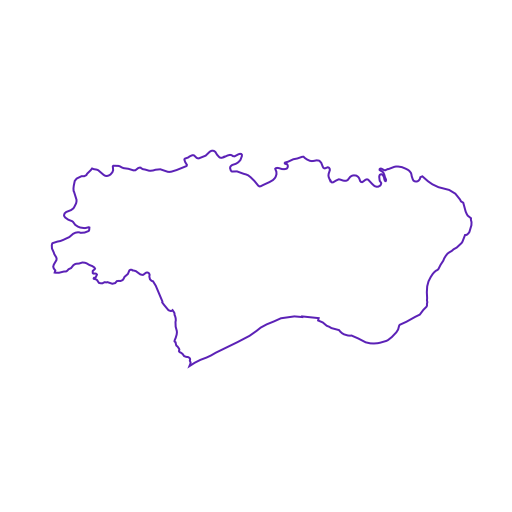 El Peñon, Bolívar, Colombia (Mercator projection), rotated 105°
{"feature_id": "7082276B39093540987774", "entity_name": "El Peñon", "entity_type": "district", "adm_level": 2, "iso_a3": "COL", "parent_name": "Colombia", "parent_adm1": "Bolívar", "projection": "mercator", "projection_center": [-73.909, 8.86], "detail": "fine", "context": "isolated", "style": "outline", "palette": "violet", "viewbox_px": 512, "rotation_deg": 105, "n_neighbors": 0, "source": "geoboundaries", "source_scale": "gbopen_adm2", "svg_char_len": 6092}
<svg xmlns="http://www.w3.org/2000/svg" viewBox="0 0 512 512"><g transform="rotate(105 256 256)"><path d="M308.1,143.2L309.2,135.9L311.0,127.7L310.8,123.0L310.0,119.5L308.7,115.8L307.6,113.6L304.2,108.0L303.0,106.7L299.1,103.8L293.4,100.7L290.2,99.7L286.3,99.7L285.3,99.4L280.6,93.7L273.5,86.4L270.2,82.6L264.7,80.4L260.9,78.2L259.7,78.0L257.9,78.5L256.2,78.6L254.6,79.4L252.4,79.8L246.8,81.6L240.9,82.8L235.8,82.8L231.1,81.8L227.7,80.7L225.8,79.8L223.8,78.5L222.4,77.0L221.3,76.4L216.6,75.4L212.1,73.9L209.6,73.6L206.6,72.7L204.1,71.6L202.4,70.2L200.4,68.2L198.4,66.9L195.9,64.3L190.3,60.8L188.8,60.3L181.6,59.5L181.1,58.0L179.2,56.7L177.6,56.1L170.5,55.9L167.5,56.6L165.4,57.8L163.9,58.1L162.2,62.0L160.8,63.4L158.8,65.0L150.9,69.6L150.2,72.1L148.6,73.6L144.2,79.6L142.2,86.5L142.3,97.6L141.1,104.2L139.3,109.2L136.0,115.9L137.3,117.6L139.4,117.7L141.2,118.5L142.1,119.4L142.6,120.5L142.8,121.9L142.5,123.3L141.4,124.4L138.7,126.2L136.6,127.2L135.5,128.0L134.0,130.1L133.4,131.7L132.9,134.2L132.4,138.1L132.8,141.9L133.3,143.9L134.1,145.5L137.8,150.6L137.9,151.2L139.8,153.4L139.9,154.5L139.3,156.8L139.2,157.7L139.4,158.5L139.9,159.0L140.6,159.0L141.0,158.8L141.9,155.5L142.7,154.4L144.5,153.0L146.6,151.8L148.4,150.3L149.1,150.0L150.1,150.1L150.2,150.5L149.7,151.2L148.3,152.1L147.1,152.6L146.0,153.5L145.3,154.1L144.7,155.2L144.6,156.3L145.5,157.4L146.9,157.6L147.8,157.4L150.1,156.5L151.4,155.9L152.9,154.1L153.6,153.8L155.2,154.0L155.9,154.3L157.4,155.9L157.9,157.5L157.8,159.4L157.5,160.2L156.3,162.5L153.3,167.3L153.2,168.1L153.2,168.6L153.6,169.4L154.2,170.1L156.5,171.9L157.2,172.6L157.3,173.7L156.6,174.8L154.3,176.4L153.2,177.7L152.4,179.8L152.6,181.6L153.0,183.0L153.9,184.4L155.2,185.5L158.9,187.1L159.8,188.1L160.3,189.3L160.6,191.2L160.4,194.5L160.5,195.9L162.4,198.2L164.8,200.5L165.3,201.7L165.0,202.5L163.9,203.5L164.2,203.7L161.1,206.1L159.7,206.8L157.9,207.1L153.9,206.9L152.7,207.4L151.9,208.3L151.7,209.6L153.6,212.2L153.6,213.0L153.3,213.8L152.5,214.6L149.1,217.1L147.7,219.3L147.6,220.0L147.9,222.2L149.2,224.8L149.9,226.7L150.1,228.6L149.6,231.6L148.7,234.2L147.8,235.8L148.3,237.2L151.1,241.3L152.9,245.0L156.6,249.4L158.2,252.1L158.8,252.3L159.2,252.1L159.4,251.4L159.2,249.9L159.9,249.1L160.9,248.5L162.4,248.4L163.6,248.9L164.0,249.5L164.7,250.9L165.3,253.3L165.2,256.7L165.4,258.3L166.1,259.6L166.7,260.0L167.1,259.8L169.4,258.1L171.7,257.4L174.3,257.5L176.0,258.0L178.3,259.3L181.1,262.1L185.5,267.4L187.4,269.5L187.9,270.7L187.5,272.0L183.9,277.0L181.3,281.6L180.1,284.5L179.8,286.8L179.8,289.2L179.2,296.3L180.5,300.6L180.6,301.5L179.9,302.5L177.8,303.8L176.6,303.9L175.7,303.6L174.3,302.6L172.2,299.4L170.6,297.8L168.9,296.7L167.2,295.9L163.3,295.5L161.9,295.8L161.3,296.6L161.4,297.8L162.3,299.3L165.3,302.5L165.5,304.2L165.2,304.7L164.9,306.4L165.2,307.6L166.3,309.5L168.8,312.5L168.5,312.7L169.6,313.8L170.1,314.7L170.3,316.2L169.9,317.3L168.2,319.9L166.0,322.2L165.4,323.8L165.5,325.2L166.0,326.4L167.3,327.7L172.1,330.6L176.5,336.5L176.7,337.3L176.6,338.7L174.9,341.8L174.9,343.0L175.5,344.1L177.1,346.0L178.4,347.0L180.3,349.8L180.8,350.1L181.5,350.1L182.0,349.8L183.6,348.7L185.9,346.3L187.1,346.4L193.5,354.9L196.4,359.5L197.2,361.4L197.5,363.0L197.0,370.9L198.7,375.4L200.0,377.5L201.0,380.0L201.3,381.5L201.2,385.3L201.4,387.9L200.9,389.7L200.5,390.3L200.7,391.2L201.5,392.5L204.4,394.7L205.0,396.5L204.8,401.9L205.4,406.6L205.2,408.5L204.6,410.8L204.6,412.3L205.7,417.0L205.9,417.3L206.5,417.5L210.1,416.2L212.3,416.4L215.0,417.7L216.3,419.0L217.0,420.1L217.5,421.4L217.5,422.7L217.1,424.1L216.3,425.8L214.0,430.6L213.8,432.2L214.1,435.3L213.9,437.0L215.8,437.8L220.2,440.4L221.8,440.8L223.4,442.6L224.1,445.2L227.1,448.7L227.7,449.3L230.4,450.5L235.4,450.2L238.0,449.8L240.4,449.0L241.2,448.3L248.2,443.9L249.8,443.5L251.7,443.4L255.6,444.2L257.2,444.7L259.5,446.5L262.6,450.7L264.4,451.9L266.3,452.0L267.2,451.5L268.2,450.3L269.5,446.8L270.0,442.5L270.4,441.6L272.7,438.7L273.7,435.7L274.0,433.3L273.5,429.1L273.1,427.9L271.5,425.0L271.6,424.3L273.7,423.9L274.7,423.9L275.3,424.3L277.7,427.6L279.0,431.3L278.9,433.0L279.2,434.2L280.2,436.4L281.9,438.4L286.0,441.2L290.6,446.7L292.2,448.9L293.5,451.6L296.3,455.9L297.1,456.1L298.6,456.0L301.6,455.0L305.0,452.2L306.4,451.3L309.0,448.6L310.2,447.9L311.6,447.7L316.7,449.1L318.8,449.1L320.4,448.1L321.9,446.1L324.1,446.2L324.0,445.2L323.2,442.0L320.7,437.5L320.1,435.5L319.2,434.6L317.3,433.6L315.5,431.5L312.1,430.0L310.6,428.6L310.0,427.6L309.1,425.0L307.2,422.0L306.8,419.6L306.9,417.8L307.8,414.6L308.1,411.6L308.9,409.2L309.9,408.2L310.5,408.4L312.6,409.8L313.4,409.7L314.8,409.2L315.1,408.5L314.5,406.6L314.5,405.9L314.8,405.2L315.2,404.8L317.9,405.3L318.7,405.9L319.0,406.8L319.7,407.0L320.0,406.8L320.0,404.4L320.4,403.3L322.6,400.8L322.6,399.4L322.2,397.4L320.5,395.5L320.2,393.6L319.7,392.7L320.0,387.6L318.6,385.0L316.3,383.9L315.7,382.5L315.2,380.4L313.8,378.6L312.3,378.0L310.2,377.6L306.5,375.1L302.8,374.6L302.3,374.3L301.6,373.3L301.5,372.2L301.9,371.5L301.7,370.5L301.7,368.2L303.7,363.0L303.7,361.8L303.6,360.6L303.3,360.0L300.8,358.1L300.3,357.4L300.0,356.4L300.2,355.4L300.6,354.7L301.7,353.9L303.5,353.7L305.9,352.4L307.0,350.5L307.1,348.9L310.7,345.1L324.2,334.6L325.1,334.6L327.0,332.2L330.9,326.7L331.1,325.9L331.2,324.0L330.8,323.2L329.9,322.6L331.8,320.4L332.5,319.9L334.0,319.4L335.1,318.5L336.9,317.5L339.0,316.8L340.6,316.7L345.1,315.3L348.9,313.1L350.3,312.6L352.5,312.3L355.9,312.4L357.9,312.7L359.4,312.7L359.8,312.3L360.2,311.3L361.2,310.9L363.1,309.8L363.8,308.3L365.4,306.4L366.3,305.8L367.8,305.8L368.2,305.4L368.6,304.9L368.9,303.3L369.6,301.6L371.3,299.5L371.5,297.2L371.2,295.6L371.5,294.3L372.1,293.3L372.8,292.9L374.3,292.8L375.8,291.6L377.0,291.5L379.6,291.8L374.9,287.5L370.7,282.8L366.9,277.5L363.8,273.8L359.8,269.8L343.9,251.5L334.8,241.6L328.1,236.0L323.9,232.9L319.2,227.9L314.6,221.8L309.7,215.8L304.4,203.3L303.0,195.5L302.4,195.7L299.8,179.4L302.2,179.3L302.9,174.3L305.1,169.6L305.4,167.0L306.1,164.5L306.1,156.6L307.2,155.1L308.3,152.9L308.9,150.7L309.0,146.7L308.6,144.4L308.1,143.2Z" fill="none" stroke="#5b21b6" stroke-width="2"/></g></svg>